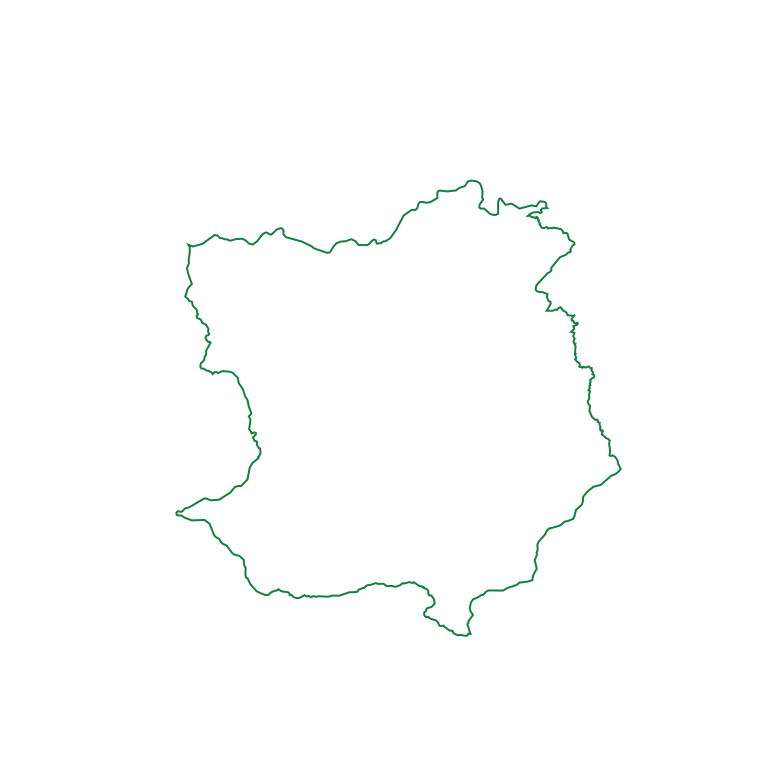 the district of Ortega, Tolima, Colombia, rotated 217°
{"feature_id": "7082276B4553188795212", "entity_name": "Ortega", "entity_type": "district", "adm_level": 2, "iso_a3": "COL", "parent_name": "Colombia", "parent_adm1": "Tolima", "projection": "orthographic", "projection_center": [-75.305, 3.933], "detail": "fine", "context": "isolated", "style": "outline", "palette": "green", "viewbox_px": 768, "rotation_deg": 217, "n_neighbors": 0, "source": "geoboundaries", "source_scale": "gbopen_adm2", "svg_char_len": 6166}
<svg xmlns="http://www.w3.org/2000/svg" viewBox="0 0 768 768"><g transform="rotate(217 384 384)"><path d="M189.5,226.4L183.1,226.6L180.9,228.1L178.4,226.8L173.9,227.7L172.0,229.6L166.9,232.2L166.0,233.8L166.5,235.2L164.5,236.4L172.9,242.4L172.9,244.0L173.8,245.2L173.9,253.1L177.7,254.3L180.7,256.6L183.1,261.9L183.3,265.5L180.4,270.6L179.2,274.2L178.0,275.3L177.4,279.9L176.2,282.1L164.6,290.7L162.6,295.5L157.0,303.5L156.3,306.9L150.4,312.6L147.5,316.6L149.7,320.8L150.9,328.5L157.5,333.9L159.0,339.3L160.9,341.6L161.3,343.8L164.8,348.0L165.6,351.4L164.8,361.2L165.5,363.2L165.4,367.5L158.9,375.9L157.6,379.1L156.9,382.9L154.9,384.9L151.8,390.1L152.2,392.7L154.9,398.8L153.4,406.3L154.4,409.8L157.1,413.8L156.8,420.2L155.0,427.8L150.1,434.0L147.4,447.3L144.8,451.6L143.9,455.8L143.9,458.7L148.5,460.9L151.6,463.5L155.4,464.9L158.7,464.5L159.2,463.2L160.8,462.6L163.3,466.9L168.3,471.8L169.6,474.6L171.8,475.1L174.3,474.4L177.5,475.0L179.3,474.6L180.5,476.3L180.6,478.0L182.1,478.4L182.9,477.2L184.4,477.9L185.0,479.7L187.9,481.7L188.4,482.9L190.5,482.4L192.1,484.0L193.8,482.5L198.1,482.9L203.7,486.1L206.3,490.6L208.6,491.0L210.9,493.0L211.5,496.4L213.8,498.7L214.9,501.6L215.9,502.5L216.8,502.0L217.4,504.8L218.8,506.2L218.5,507.3L219.6,507.7L220.4,510.3L221.7,511.1L221.2,514.2L220.3,515.6L221.0,517.0L222.0,517.6L223.4,517.2L224.1,519.0L226.4,519.8L227.6,521.7L228.7,520.9L230.9,521.4L233.0,518.3L234.8,518.0L235.4,516.4L236.1,516.6L237.7,515.4L238.5,515.4L238.8,516.8L240.5,518.2L243.7,518.0L246.3,518.8L246.0,520.4L249.2,522.4L249.1,523.5L250.0,523.6L253.9,529.7L255.2,530.1L255.5,531.4L256.4,530.9L258.2,531.8L259.0,535.0L261.5,535.9L262.8,539.5L265.9,538.1L265.3,542.5L267.6,544.0L265.5,547.3L265.5,548.8L266.4,549.3L267.7,547.7L269.1,547.2L270.3,548.4L271.9,547.7L272.8,548.0L273.4,550.4L272.9,554.0L274.2,552.1L278.8,549.5L281.5,550.9L285.5,550.5L289.2,551.6L290.4,549.9L290.3,547.4L291.8,546.7L293.3,544.1L298.2,540.4L299.1,548.2L300.4,549.8L302.6,549.4L306.1,551.4L307.8,554.2L313.7,552.3L314.9,551.0L318.1,550.1L319.8,550.8L321.3,553.5L321.6,556.1L320.1,570.5L318.7,574.0L318.7,575.5L320.3,577.4L319.8,589.8L319.6,591.4L316.5,596.8L316.0,600.0L314.6,601.2L314.8,602.6L316.1,603.4L316.8,607.5L315.9,610.1L317.2,611.5L323.1,610.8L328.0,614.5L329.3,614.3L331.5,612.4L333.0,613.7L335.7,614.2L342.6,611.1L343.4,609.5L345.2,608.7L346.5,606.9L348.7,607.3L349.7,605.2L351.5,603.8L355.6,604.9L355.6,605.9L358.9,607.1L358.9,608.1L361.0,608.4L361.4,609.4L362.8,609.2L362.8,607.5L364.2,607.5L366.4,606.2L368.9,606.2L370.2,605.0L369.8,607.6L367.9,611.0L364.7,613.8L361.8,614.8L361.4,616.2L363.4,617.4L363.3,619.3L359.6,622.8L360.8,622.9L363.2,625.8L365.1,626.2L369.2,624.0L369.6,622.6L369.2,617.6L373.7,615.4L381.3,605.6L390.5,604.9L394.7,600.3L402.5,602.3L403.3,601.5L402.5,598.2L395.3,588.7L396.7,586.0L399.6,584.3L402.0,583.7L409.3,584.4L412.6,582.2L413.9,582.3L415.1,583.7L415.7,586.0L415.8,590.9L417.6,591.9L421.3,597.2L425.7,600.7L428.1,601.8L430.8,601.8L433.1,601.1L437.0,598.7L438.9,596.2L438.5,590.7L441.7,586.2L443.1,581.8L449.5,575.8L455.8,572.1L456.7,570.7L456.6,569.2L453.3,564.5L456.7,556.7L459.5,554.1L463.1,552.5L464.7,551.0L465.0,548.9L463.4,544.7L463.5,542.1L466.7,539.7L469.7,530.3L467.0,514.1L466.8,504.1L468.8,498.8L470.4,497.5L471.0,494.9L474.2,491.8L477.4,493.9L479.1,493.2L480.0,489.6L479.9,487.6L480.9,484.9L487.5,480.0L488.7,479.8L492.3,480.9L497.2,480.0L500.4,475.2L504.2,471.7L506.6,467.9L507.1,464.1L506.5,456.5L508.6,454.4L521.6,450.2L524.8,450.4L535.3,448.3L550.6,442.3L554.4,443.0L556.0,445.5L558.1,446.8L559.5,446.8L560.5,446.0L562.6,443.0L563.9,435.6L565.7,434.6L568.9,434.4L570.3,432.9L571.2,429.7L571.2,421.5L572.7,416.5L576.1,414.9L580.9,415.4L584.5,414.8L589.4,410.7L593.1,405.8L595.9,405.2L599.0,403.4L600.7,403.2L602.8,401.8L606.2,402.4L608.9,401.1L613.5,386.4L619.4,378.8L624.1,377.5L621.4,376.4L617.4,370.7L615.0,365.9L612.4,363.0L611.1,358.0L606.7,354.2L597.6,348.2L598.2,342.1L595.3,334.2L591.4,333.9L589.7,333.0L587.0,334.1L583.8,331.5L578.0,330.5L576.5,328.7L574.5,327.7L574.9,326.0L573.1,324.3L568.9,325.2L566.1,323.5L561.9,324.2L558.6,322.9L557.1,322.2L556.4,320.4L553.6,318.4L553.7,317.2L554.9,315.7L554.6,313.7L553.5,312.8L549.8,311.8L548.1,312.8L547.3,312.5L546.1,303.4L543.7,300.4L543.7,297.9L541.9,294.6L542.7,290.0L540.9,287.1L539.2,286.5L537.1,287.7L533.8,287.9L532.6,288.8L529.1,289.5L526.8,288.8L526.2,291.6L524.6,292.9L523.1,292.7L521.0,296.9L514.8,300.9L511.6,301.9L504.5,301.0L500.6,297.3L493.8,295.0L487.7,290.8L483.0,288.8L478.5,284.7L472.6,280.9L472.1,280.0L472.5,276.8L469.8,275.6L468.6,274.2L464.5,266.7L461.4,265.9L460.1,264.9L458.2,267.5L456.6,267.7L456.0,266.4L456.4,262.6L456.0,262.1L453.2,260.8L450.8,261.6L449.0,259.0L445.5,257.5L444.2,258.0L441.2,254.9L440.2,251.8L440.7,250.3L439.7,249.2L441.5,241.6L440.8,236.2L435.6,225.6L436.6,216.9L439.6,214.2L441.1,211.9L441.4,205.0L446.0,192.4L452.5,186.8L457.7,185.3L458.8,184.1L465.4,168.2L468.1,164.8L468.4,160.9L469.9,159.2L472.2,158.4L472.3,156.2L471.1,154.9L470.3,154.7L466.3,157.1L463.0,157.2L455.5,159.4L445.5,167.4L439.2,167.4L428.4,160.9L426.9,160.5L422.2,161.0L417.6,159.2L412.6,160.2L403.6,157.7L400.7,157.7L396.3,159.7L390.3,159.2L386.3,154.9L383.9,154.0L379.9,148.3L377.6,146.3L375.6,146.6L370.6,143.8L361.0,141.8L355.8,142.9L351.4,144.2L349.6,145.8L348.7,149.9L346.5,153.6L345.6,154.0L344.7,156.6L341.2,156.7L335.2,160.0L333.3,159.8L332.4,158.7L330.7,159.8L327.9,159.4L325.4,160.2L322.9,162.0L320.3,167.6L317.6,167.9L316.4,169.5L313.9,169.8L312.8,172.1L309.9,173.3L308.9,174.9L300.7,180.4L297.6,184.2L292.4,187.9L286.4,196.7L280.9,201.2L280.3,202.3L280.4,204.7L277.1,209.5L276.5,212.8L273.3,216.2L270.7,220.1L268.6,220.7L264.2,224.1L260.0,224.3L256.7,227.2L252.9,228.8L250.0,233.0L249.2,236.3L247.9,236.7L244.6,241.0L241.5,242.3L240.7,243.7L234.1,243.9L232.4,245.0L230.7,244.8L230.3,245.6L228.5,245.1L227.1,246.0L224.3,245.4L221.7,242.6L220.2,242.6L218.7,243.6L214.7,242.2L211.3,239.1L212.0,234.2L214.3,231.4L214.8,229.9L213.8,228.0L214.5,226.0L213.1,223.9L211.7,223.2L210.2,223.3L208.3,224.6L205.7,224.5L200.5,226.4L198.4,226.4L194.2,224.4L193.1,224.7L191.0,226.9L189.5,226.4Z" fill="none" stroke="#15803d" stroke-width="2"/></g></svg>